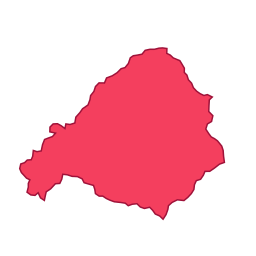 the district of Urucânia, Minas Gerais, Brazil, rotated 189°
{"feature_id": "56859067B64540863553467", "entity_name": "Urucânia", "entity_type": "district", "adm_level": 2, "iso_a3": "BRA", "parent_name": "Brazil", "parent_adm1": "Minas Gerais", "projection": "mercator", "projection_center": [-42.721, -20.332], "detail": "fine", "context": "isolated", "style": "filled", "palette": "rose", "viewbox_px": 256, "rotation_deg": 189, "n_neighbors": 0, "source": "geoboundaries", "source_scale": "gbopen_adm2", "svg_char_len": 1764}
<svg xmlns="http://www.w3.org/2000/svg" viewBox="0 0 256 256"><g transform="rotate(189 128 128)"><path d="M171.1,144.5L175.9,139.9L177.9,135.7L181.2,130.6L181.3,124.6L185.8,122.4L190.0,122.3L190.2,117.6L194.4,119.8L198.3,121.2L202.6,120.3L205.2,116.7L204.6,112.0L198.8,111.6L201.3,107.7L205.2,105.6L208.6,103.6L209.8,98.2L210.1,91.8L214.2,90.4L218.0,91.0L217.7,85.2L218.6,81.5L222.5,80.6L224.7,77.6L228.3,75.7L228.6,70.9L226.3,67.3L223.5,65.1L220.4,62.6L216.8,61.5L217.8,57.7L217.2,54.0L217.7,48.8L213.5,46.7L209.3,46.9L206.6,50.0L203.5,45.3L199.3,43.4L199.1,47.7L198.8,52.2L194.9,55.8L191.0,61.6L186.7,62.6L185.4,67.1L185.2,72.1L180.6,72.3L175.7,71.5L170.3,72.1L165.3,70.6L162.8,67.1L158.1,66.5L153.1,65.9L151.2,62.2L149.9,58.1L145.8,56.2L142.3,56.8L138.4,55.0L134.6,53.9L130.0,53.0L123.8,53.3L118.9,53.3L115.6,51.3L111.8,53.4L107.3,54.6L103.5,51.9L99.2,51.1L94.2,53.1L90.8,50.6L87.6,47.3L83.0,46.1L79.1,43.4L76.9,48.4L75.9,53.8L75.9,57.6L72.8,61.4L68.0,64.8L61.4,65.1L58.1,68.8L55.2,73.1L53.3,77.6L53.5,82.4L52.3,86.7L48.3,88.7L46.2,93.1L45.2,97.2L40.5,98.0L36.3,102.0L32.0,106.6L27.4,109.1L29.2,115.1L30.5,120.7L32.6,124.8L37.6,129.3L40.9,131.0L44.4,132.2L47.4,135.1L51.0,139.1L50.2,144.4L46.5,147.5L46.1,153.4L50.8,156.9L51.5,162.5L52.1,168.5L49.6,171.8L54.8,173.4L58.1,172.0L62.2,173.2L66.0,175.1L69.7,178.0L72.2,182.2L75.9,185.1L78.1,189.5L81.1,191.7L81.7,195.9L84.6,199.4L87.3,202.6L94.3,204.3L97.6,206.6L101.4,207.8L102.0,212.6L106.4,212.5L109.9,211.7L114.1,209.9L118.9,209.1L123.2,207.4L125.7,203.1L130.3,201.4L134.1,200.2L136.7,197.7L137.7,191.8L140.4,187.2L144.1,185.5L147.4,180.9L151.7,177.1L157.0,174.1L158.3,168.8L163.7,168.0L166.6,163.9L167.4,158.8L170.0,154.2L170.0,150.0L171.1,144.5Z" fill="#f43f5e" stroke="#9f1239" stroke-width="1.5"/></g></svg>